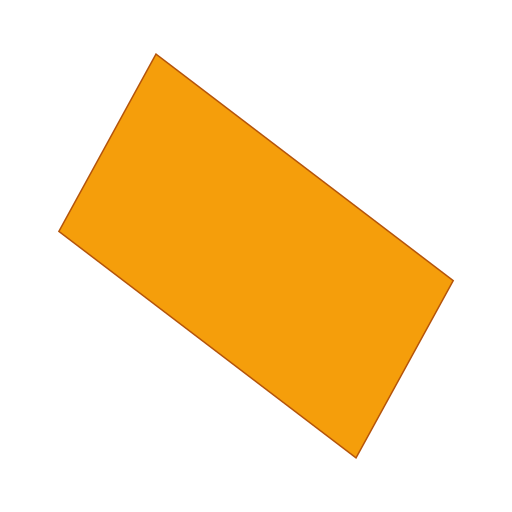 SVG path tracing the border of Ashmore and Cartier Islands, rotated 32°
{"feature_id": "ATC", "entity_name": "Ashmore and Cartier Islands", "entity_type": "country or territory", "adm_level": 0, "iso_a3": "ATC", "parent_name": "Oceania", "parent_adm1": "", "projection": "natural_earth1", "projection_center": [123.586, -12.43], "detail": "fine", "context": "isolated", "style": "filled", "palette": "amber", "viewbox_px": 512, "rotation_deg": 32, "n_neighbors": 0, "source": "natural_earth", "source_scale": "50m", "svg_char_len": 228}
<svg xmlns="http://www.w3.org/2000/svg" viewBox="0 0 512 512"><g transform="rotate(32 256 256)"><path d="M436.3,172.4L447.8,374.2L75.8,339.6L64.2,137.8L436.3,172.4Z" fill="#f59e0b" stroke="#b45309" stroke-width="1.5"/></g></svg>